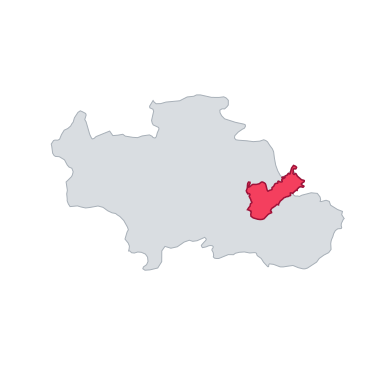 location of Sremski within Republic of Serbia, rotated 140°
{"feature_id": "SRB-281", "entity_name": "Sremski", "entity_type": "District", "adm_level": 1, "iso_a3": "SRB", "parent_name": "Republic of Serbia", "parent_adm1": "", "projection": "albers", "projection_center": [19.679, 44.916], "detail": "fine", "context": "in_parent", "style": "filled", "palette": "rose", "viewbox_px": 384, "rotation_deg": 140, "n_neighbors": 0, "source": "natural_earth", "source_scale": "10m", "svg_char_len": 7186}
<svg xmlns="http://www.w3.org/2000/svg" viewBox="0 0 384 384"><g transform="rotate(140 192 192)"><path d="M211.4,149.1L219.4,151.4L223.1,153.7L225.1,156.8L230.2,158.7L238.5,159.5L244.3,162.5L247.7,167.7L253.0,166.3L260.0,158.1L267.1,155.8L274.3,159.4L278.3,162.3L279.0,164.8L277.4,165.8L273.5,165.5L270.3,167.1L267.9,170.7L267.6,174.4L269.5,178.3L272.1,180.9L275.4,182.3L277.3,184.3L277.6,186.9L278.5,187.6L276.7,188.9L274.7,190.8L273.7,193.9L273.6,199.0L267.4,203.1L265.0,204.0L264.0,206.6L262.6,214.0L263.0,219.6L263.9,222.4L264.4,224.7L266.6,227.4L268.6,231.7L270.0,237.4L273.0,241.7L280.2,245.8L283.8,248.2L286.6,251.8L288.7,255.0L294.8,259.2L294.4,262.4L293.3,265.5L292.0,267.0L289.2,271.1L286.4,273.4L282.0,280.6L274.5,281.2L272.8,281.9L270.0,283.9L268.8,287.4L270.2,290.2L270.2,293.0L269.0,298.6L271.0,304.4L273.7,307.0L274.2,308.6L273.8,311.3L270.1,317.1L269.0,319.2L265.0,320.4L263.7,319.9L261.5,318.0L259.6,317.5L255.0,319.9L250.2,321.5L246.4,320.5L242.6,320.5L240.1,321.5L238.1,321.9L234.4,324.4L228.2,326.3L225.4,326.0L224.3,323.8L223.0,320.5L223.6,319.0L227.6,316.4L228.0,313.9L233.3,301.9L234.3,298.1L234.3,296.8L232.8,296.0L229.8,296.1L215.9,291.6L216.4,286.1L212.3,283.2L207.9,280.7L207.2,277.7L202.2,271.9L198.7,268.6L194.2,267.0L190.3,264.6L187.9,263.1L186.8,260.4L186.8,258.7L185.6,257.1L183.8,257.3L180.6,259.6L176.8,261.5L176.1,262.9L177.6,266.2L178.6,268.3L178.2,270.3L177.0,272.8L169.5,278.5L168.7,280.5L170.2,283.6L169.3,285.0L163.0,287.1L163.2,285.4L162.8,282.7L159.1,279.8L154.1,277.6L142.8,269.8L138.5,268.8L134.6,267.9L129.1,264.2L126.2,263.5L123.1,260.9L116.2,251.9L110.4,247.0L106.5,244.5L105.4,242.1L105.2,239.6L105.3,238.8L108.3,235.3L110.6,234.8L113.6,234.7L115.5,236.4L118.1,236.8L119.6,234.6L120.3,231.3L120.0,227.1L113.9,217.4L108.6,210.6L108.0,209.1L109.1,207.8L111.0,207.2L113.0,207.7L118.1,208.2L123.1,207.6L124.8,206.0L124.8,203.8L123.0,201.7L117.2,196.1L112.7,191.2L107.4,187.4L103.5,185.9L102.4,184.0L101.9,181.9L102.4,178.2L102.7,173.4L103.6,170.4L107.2,164.8L110.6,158.8L112.7,153.1L113.8,147.7L113.4,146.2L111.6,145.0L107.9,143.9L102.8,144.8L98.4,146.7L96.7,146.9L96.2,144.5L96.9,143.4L98.2,143.6L99.4,144.0L100.6,143.0L101.3,139.7L99.6,128.5L102.8,127.5L102.9,125.9L103.2,124.4L106.5,126.4L111.2,126.5L115.4,126.1L116.0,125.0L116.0,123.4L115.1,122.1L113.7,121.1L112.6,119.6L109.8,118.9L101.2,114.8L96.9,110.4L97.1,105.9L98.4,103.4L99.9,102.5L99.4,101.7L94.6,99.5L92.9,96.6L94.3,92.8L91.8,85.1L89.2,80.4L91.9,78.4L92.3,75.5L92.5,73.8L93.6,73.8L97.8,71.9L99.3,70.4L100.2,68.5L101.2,68.1L104.0,70.1L107.0,70.3L110.3,69.0L112.8,67.3L115.8,65.8L117.2,64.8L118.9,63.3L122.4,58.6L126.3,57.7L131.6,58.9L137.3,59.3L141.6,58.2L152.4,59.5L154.8,60.5L156.3,61.7L159.2,65.7L161.9,70.8L165.7,73.2L170.3,76.0L172.6,78.0L176.1,84.2L178.9,87.2L179.8,87.0L180.7,86.2L181.3,85.6L182.0,86.1L182.1,88.0L182.3,92.2L181.7,96.6L182.8,100.8L182.8,102.1L182.1,103.3L182.2,104.4L183.2,105.5L187.0,108.2L190.4,112.4L194.5,115.4L198.2,117.2L200.5,117.3L204.4,120.7L211.9,123.1L214.3,123.9L216.0,125.3L217.3,126.9L217.4,128.6L216.2,129.5L214.7,131.9L214.1,134.8L212.9,135.6L211.7,135.7L210.8,136.6L211.0,137.8L212.1,139.0L213.6,140.0L216.7,141.0L219.7,142.6L219.7,143.8L219.1,145.2L215.3,145.8L212.5,146.1L211.3,146.7L211.4,149.1Z" fill="#d9dde1" stroke="#a8b0b8" stroke-width="1"/><path d="M106.2,144.3L106.0,143.9L105.8,143.3L105.5,142.9L104.9,143.1L100.5,146.2L99.7,146.5L98.7,146.7L97.2,147.1L96.1,145.1L96.0,143.7L97.3,143.0L98.0,143.2L98.9,144.3L99.7,144.4L100.2,144.0L100.7,143.5L101.5,142.2L101.9,141.9L102.5,141.6L102.8,141.2L102.7,140.1L102.2,139.6L101.2,140.0L100.7,139.5L100.6,138.8L100.8,138.0L101.0,137.1L101.1,136.5L101.1,135.8L100.7,133.7L100.5,132.1L100.4,131.4L100.0,130.6L99.6,130.1L99.2,129.6L98.8,129.1L98.7,128.5L99.5,127.8L102.2,128.1L103.2,127.9L103.4,126.8L102.8,125.5L102.5,124.5L103.5,124.2L104.1,124.5L105.0,125.9L105.5,126.4L106.5,126.8L107.5,126.8L109.5,126.6L109.8,126.4L109.9,126.1L110.1,125.8L110.5,125.6L110.7,125.8L111.1,126.4L111.3,126.5L115.5,126.4L115.7,126.2L115.9,126.6L116.3,127.1L116.5,127.3L116.6,127.5L116.8,127.7L116.8,127.8L117.1,127.9L117.2,128.0L117.3,128.0L117.3,127.9L117.5,127.9L117.6,127.7L118.3,126.8L118.2,126.7L118.2,126.4L118.3,126.3L118.4,126.2L118.5,126.2L118.9,126.0L119.0,126.0L119.4,126.4L119.5,126.4L119.7,126.5L119.9,126.5L121.0,126.6L121.3,126.9L121.4,127.0L121.5,127.1L121.9,127.2L122.1,127.2L122.2,127.3L122.3,127.4L122.7,127.7L122.9,127.8L123.0,127.8L123.8,127.9L123.9,128.0L124.4,128.1L125.1,128.4L125.6,128.5L125.8,128.5L126.6,128.3L126.8,128.3L127.0,128.3L127.6,128.3L130.4,128.3L131.4,127.9L131.7,127.7L132.0,127.6L132.9,127.4L133.0,127.4L133.3,127.2L133.5,127.0L134.0,126.5L134.5,127.2L134.9,127.9L135.0,128.0L135.3,128.0L135.7,127.9L135.9,127.9L136.3,127.8L137.1,127.8L137.9,127.8L138.4,127.9L138.5,127.9L139.4,128.0L140.1,128.0L140.4,128.2L140.5,128.2L140.8,128.2L141.6,128.1L141.9,128.0L142.2,127.9L142.8,127.8L143.0,127.8L143.1,127.7L143.3,127.6L143.7,127.3L144.0,127.1L144.1,126.9L144.0,126.7L143.8,126.4L143.7,126.3L143.7,126.2L143.8,126.0L144.3,125.0L147.1,125.8L148.2,125.9L154.0,125.2L155.8,125.9L157.5,127.1L158.5,128.2L159.1,128.8L161.5,132.4L161.8,132.9L162.4,135.5L161.3,137.2L159.8,138.3L159.6,139.5L159.2,139.5L159.8,141.0L160.6,142.4L160.9,142.8L158.8,143.5L157.7,143.7L157.1,143.7L156.9,143.8L156.7,143.8L156.3,144.2L156.0,144.4L155.6,144.7L155.0,145.2L154.9,145.3L154.7,145.4L154.2,145.4L153.8,145.4L153.4,145.3L153.2,145.3L152.7,145.6L152.6,145.8L152.6,146.0L152.6,146.4L152.6,146.5L152.4,147.2L152.3,147.6L151.7,148.7L151.7,149.1L151.6,149.7L151.6,149.8L151.5,150.0L151.4,150.3L151.2,150.6L151.2,150.8L151.2,151.5L151.1,151.8L150.9,152.0L150.7,152.2L150.4,152.3L150.0,152.4L149.9,152.4L149.7,152.4L149.4,152.5L149.2,152.8L149.1,153.1L149.1,153.3L149.1,153.5L149.2,153.8L149.4,154.0L149.6,154.1L149.9,154.3L150.3,154.4L150.4,154.5L150.5,154.6L150.5,154.8L150.4,155.2L150.4,155.3L150.2,155.5L149.9,155.7L149.9,155.8L150.2,156.2L150.2,156.4L150.2,156.5L150.1,157.0L149.9,157.2L149.7,158.0L147.4,159.3L146.5,160.1L145.5,161.2L143.9,162.7L142.3,163.3L141.3,162.2L141.8,161.4L144.6,160.1L145.6,159.4L144.3,158.9L140.9,158.9L139.8,158.2L138.9,157.3L137.6,156.3L135.2,155.1L132.7,155.0L131.9,154.7L131.5,154.2L131.2,153.7L131.0,153.1L130.7,152.5L130.5,151.2L131.0,149.7L133.1,145.4L133.3,144.6L133.3,143.8L132.9,143.6L131.6,143.5L130.5,142.9L129.7,142.7L129.2,142.5L127.8,144.0L127.6,144.0L127.2,143.9L126.2,143.9L125.8,143.9L125.6,143.9L125.5,144.0L125.1,144.1L124.3,144.5L123.8,144.8L123.6,144.8L123.4,144.9L123.1,144.8L122.8,144.8L122.3,144.7L122.0,144.6L121.7,144.5L121.6,144.4L121.2,143.9L120.9,143.8L120.8,143.7L120.7,143.7L120.6,143.8L120.4,143.8L120.2,144.0L119.9,144.3L119.7,144.6L119.5,144.8L119.4,144.9L119.2,144.9L118.8,144.8L118.7,144.7L118.4,144.1L118.2,143.6L118.1,143.2L117.8,142.8L117.5,142.6L117.0,142.2L116.8,142.1L116.6,142.0L116.4,142.0L116.2,142.0L115.7,142.7L115.8,143.3L115.2,143.8L114.5,143.9L113.0,143.4L112.2,143.3L113.0,144.2L113.9,144.8L113.8,145.1L113.6,144.9L113.6,145.0L113.0,145.1L112.5,144.9L111.5,144.0L111.1,144.0L110.7,144.2L110.2,144.3L108.1,143.8L107.6,143.9L106.7,144.3L106.2,144.3Z" fill="#f43f5e" stroke="#9f1239" stroke-width="1.5"/></g></svg>